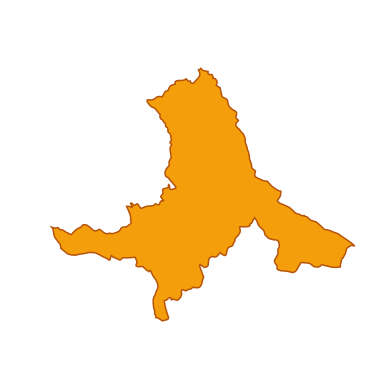 the district of Anh Son, Nghệ An, Vietnam, rotated 256°
{"feature_id": "81297802B23970425053168", "entity_name": "Anh Son", "entity_type": "district", "adm_level": 2, "iso_a3": "VNM", "parent_name": "Vietnam", "parent_adm1": "Nghệ An", "projection": "albers", "projection_center": [105.043, 18.967], "detail": "fine", "context": "isolated", "style": "filled", "palette": "amber", "viewbox_px": 384, "rotation_deg": 256, "n_neighbors": 0, "source": "geoboundaries", "source_scale": "gbopen_adm2", "svg_char_len": 6034}
<svg xmlns="http://www.w3.org/2000/svg" viewBox="0 0 384 384"><g transform="rotate(256 192 192)"><path d="M191.8,47.3L190.2,48.1L183.3,47.7L181.1,47.9L173.3,51.3L171.1,51.4L169.1,51.1L162.6,55.9L161.5,57.3L160.0,59.9L158.8,64.1L158.9,67.5L158.4,71.9L158.2,77.7L157.0,82.0L156.5,83.2L153.7,86.8L150.6,90.0L148.9,92.3L145.8,95.5L146.0,95.9L149.7,98.2L149.7,98.6L148.0,99.6L147.4,100.0L147.1,101.0L143.6,105.2L143.5,106.2L144.6,108.4L144.9,109.5L143.9,112.7L142.3,121.2L137.3,121.7L134.6,120.0L133.8,120.0L133.4,120.3L132.7,121.4L132.3,122.4L131.7,126.2L130.5,126.8L128.3,128.5L127.2,128.7L126.6,129.7L125.1,130.9L126.0,132.2L126.1,132.7L120.2,133.8L116.0,135.5L113.0,136.2L111.0,136.4L108.3,136.1L105.9,134.8L104.3,133.2L101.3,131.5L99.5,129.8L97.5,128.5L94.1,127.6L91.2,127.1L88.4,126.8L85.5,127.0L82.8,126.3L80.6,126.9L78.9,126.5L78.5,127.7L77.1,129.4L74.5,131.7L74.1,132.2L74.2,137.4L74.6,138.2L75.4,138.7L76.8,138.8L80.5,138.5L86.5,138.3L93.2,138.7L93.3,141.1L94.8,144.1L95.0,145.3L94.5,145.7L92.5,145.8L92.3,146.2L92.8,147.3L92.7,147.6L90.5,151.4L91.3,153.6L92.0,154.6L93.0,155.8L95.1,157.2L98.5,157.7L99.5,158.7L99.5,159.3L97.6,162.0L98.2,164.7L98.3,168.0L99.3,169.6L97.8,173.8L97.7,175.5L98.0,176.6L98.6,177.5L100.8,179.4L103.3,180.5L106.6,182.7L118.5,181.4L119.7,182.3L116.3,185.2L115.9,185.7L115.7,187.4L116.2,189.0L116.7,189.7L117.5,190.1L122.3,191.9L123.4,192.6L124.1,193.8L124.6,196.3L123.7,197.5L123.4,198.3L123.4,199.9L123.7,201.0L126.3,204.6L125.4,205.2L122.9,207.7L122.5,208.4L122.5,209.2L122.8,209.8L128.1,212.6L129.0,213.5L129.8,216.0L129.8,217.4L130.2,218.6L132.5,220.0L133.9,221.6L136.5,222.7L138.3,225.7L139.4,227.1L140.9,228.6L142.3,229.3L143.4,229.6L145.3,229.5L146.5,229.8L146.7,230.2L146.6,231.0L146.0,232.5L144.8,238.1L145.3,240.1L146.3,240.3L146.8,240.7L147.5,242.5L150.4,244.8L151.9,246.6L150.2,247.1L148.9,247.8L144.7,248.3L143.1,248.7L140.8,250.0L138.0,251.9L137.1,252.3L135.7,252.5L132.8,252.5L130.0,254.1L128.0,255.7L127.0,257.8L125.9,259.5L125.2,261.8L124.8,262.7L123.1,263.9L121.5,264.1L118.4,263.6L117.5,263.3L115.9,261.8L115.0,261.3L111.3,260.6L106.0,255.8L104.9,255.2L102.2,255.6L100.0,256.7L99.2,256.6L97.1,255.9L96.7,256.0L95.3,257.2L94.2,259.0L92.4,264.3L91.5,266.3L89.7,269.7L89.5,270.6L89.5,271.5L89.8,272.9L90.9,274.6L93.8,277.3L97.2,280.9L94.7,288.1L94.0,289.2L90.2,292.2L89.7,293.1L88.8,295.5L88.7,297.0L89.0,298.5L89.9,299.5L89.9,300.6L88.1,303.9L87.2,306.0L85.8,308.2L84.7,311.1L84.1,313.1L83.4,317.9L84.2,318.0L86.4,318.7L87.6,319.6L91.0,321.2L91.8,323.0L94.3,324.9L94.8,325.7L96.7,326.8L98.4,327.6L99.7,328.5L100.3,329.4L101.5,332.7L101.5,334.1L100.6,336.1L100.0,336.7L101.1,336.3L104.4,334.0L116.2,323.6L119.1,319.2L121.1,316.6L122.3,314.6L123.3,312.0L124.2,311.1L127.9,308.8L132.9,305.3L135.4,301.1L136.2,300.1L139.2,298.2L140.3,297.2L141.1,295.6L142.2,295.0L142.1,293.5L143.1,292.0L143.8,291.5L144.5,290.5L145.0,289.5L145.9,288.5L146.1,287.6L146.7,287.3L146.8,286.9L149.0,285.9L153.4,282.8L157.0,278.4L159.6,274.9L160.5,273.9L162.6,272.7L163.2,272.9L166.1,276.2L167.6,277.2L171.2,278.4L172.3,276.3L176.1,272.6L178.5,270.7L184.4,267.6L184.8,265.8L185.7,264.0L190.6,257.9L191.9,257.1L192.8,256.9L193.9,257.1L197.1,258.7L199.4,256.8L201.1,255.9L202.1,255.9L204.3,256.4L209.9,255.8L213.9,256.4L217.2,256.4L219.6,256.1L222.7,256.2L226.4,255.7L228.7,255.9L231.2,256.5L235.9,255.8L238.1,254.4L241.2,253.1L244.9,250.9L246.0,250.8L247.3,250.9L248.2,251.5L249.4,253.5L250.3,254.4L253.0,252.7L254.0,252.6L254.5,252.7L256.6,254.1L257.6,254.4L258.6,254.3L260.1,253.6L261.3,252.1L262.9,250.7L265.4,249.1L267.2,248.4L271.7,248.5L273.4,248.3L274.0,247.8L276.5,244.8L277.9,244.2L286.4,244.5L289.0,241.8L289.7,241.5L290.1,241.5L291.8,242.7L292.7,243.0L293.7,243.0L296.2,242.1L296.6,241.7L297.1,239.8L298.5,240.3L300.4,240.1L301.1,239.7L301.4,239.2L301.4,238.4L301.9,237.2L302.8,236.6L303.4,236.2L303.9,236.2L304.7,236.8L305.0,236.8L306.9,232.7L307.3,232.1L308.3,231.2L309.9,230.6L309.3,229.8L308.9,227.7L306.3,228.3L304.6,228.2L302.9,227.4L301.4,226.0L298.4,221.4L297.3,220.1L297.7,217.6L300.2,217.1L300.4,215.1L303.2,213.8L302.5,211.7L302.8,208.6L303.5,205.7L303.6,203.9L303.2,202.6L302.6,202.1L300.7,201.8L300.7,198.9L300.2,196.7L299.1,195.4L296.8,193.7L296.2,192.4L296.1,190.8L295.8,190.1L291.6,186.2L292.6,183.6L292.7,181.6L292.6,180.5L291.6,178.7L291.2,177.1L291.0,175.2L292.2,171.1L291.9,170.7L290.9,170.4L289.9,170.4L286.7,171.9L284.7,173.1L282.0,176.3L281.2,176.8L279.7,177.3L274.7,179.8L272.7,179.0L270.7,179.3L268.7,181.0L266.9,181.4L264.6,182.7L262.1,182.3L261.1,182.9L260.8,183.5L260.1,183.9L258.1,183.7L257.0,183.3L255.9,183.4L254.0,184.6L252.9,185.0L247.2,184.5L246.6,184.1L246.3,183.1L245.3,182.7L244.5,182.7L243.4,183.5L242.5,183.5L242.1,183.3L241.2,182.0L238.8,181.0L231.1,180.3L230.1,179.9L229.2,178.9L227.1,177.1L225.1,176.6L223.4,176.4L220.6,172.7L219.4,171.6L218.2,170.8L215.9,170.2L214.4,170.3L213.1,170.6L211.7,172.4L211.1,172.7L209.0,173.4L205.9,175.2L201.3,177.3L200.3,177.5L199.6,176.9L199.3,173.6L199.7,171.7L200.0,171.3L204.0,171.6L204.8,171.1L204.2,170.7L202.3,170.1L202.0,169.8L202.0,165.2L201.8,164.6L201.1,164.1L198.3,163.6L197.3,163.2L195.3,160.6L194.1,160.7L190.8,162.2L190.2,162.3L190.1,161.9L190.9,160.9L190.9,160.2L190.0,158.7L188.1,157.6L187.7,157.1L187.6,156.8L188.3,155.3L189.4,153.6L188.1,151.1L189.1,144.6L188.4,138.4L193.7,136.3L193.8,135.5L192.9,132.3L195.2,131.3L195.7,130.9L195.9,129.7L195.4,129.6L192.3,130.4L192.0,130.3L191.7,129.9L193.5,127.0L193.9,125.0L189.9,125.8L185.3,126.4L183.0,126.4L180.2,125.8L177.0,125.5L176.2,125.1L174.1,119.9L174.6,117.0L174.4,115.2L173.7,114.0L172.6,113.0L171.7,111.8L171.4,111.2L170.9,107.7L170.9,106.1L170.7,104.8L172.0,102.0L172.0,99.6L172.2,98.7L174.1,96.5L177.7,93.8L178.1,93.2L178.1,92.4L177.5,90.4L177.9,87.9L180.1,86.0L182.2,84.6L185.1,82.2L185.8,81.1L186.4,79.4L186.4,78.4L186.2,77.6L185.0,76.1L184.7,75.4L184.4,73.2L183.9,71.5L182.5,68.5L180.1,64.9L180.0,64.2L183.9,59.7L186.7,57.1L186.9,55.7L187.5,54.8L189.4,53.7L189.9,53.1L190.2,50.0L191.8,47.3Z" fill="#f59e0b" stroke="#b45309" stroke-width="1.5"/></g></svg>